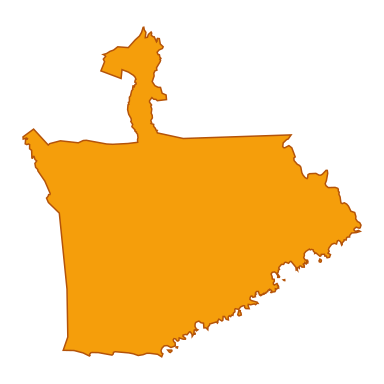 the district of Santa María Huatulco, Oaxaca, Mexico
{"feature_id": "50627088B35092187555669", "entity_name": "Santa María Huatulco", "entity_type": "district", "adm_level": 2, "iso_a3": "MEX", "parent_name": "Mexico", "parent_adm1": "Oaxaca", "projection": "robinson", "projection_center": [-96.169, 15.822], "detail": "fine", "context": "isolated", "style": "filled", "palette": "amber", "viewbox_px": 384, "rotation_deg": 0, "n_neighbors": 0, "source": "geoboundaries", "source_scale": "gbopen_adm2", "svg_char_len": 6011}
<svg xmlns="http://www.w3.org/2000/svg" viewBox="0 0 384 384"><path d="M143.1,27.4L141.6,32.3L139.5,36.0L135.2,39.9L128.3,47.6L117.7,46.8L113.5,50.1L110.1,51.3L106.4,53.6L103.2,54.5L104.8,55.3L105.6,56.4L103.3,59.1L104.6,61.7L100.9,70.9L121.1,78.5L122.0,69.6L128.4,72.1L133.4,75.3L135.0,77.0L136.0,79.3L135.2,80.1L134.8,82.1L135.8,82.5L136.2,83.9L135.0,84.5L134.0,87.6L133.7,85.9L133.0,85.9L132.6,88.5L132.9,89.1L131.6,90.9L130.5,95.9L129.4,97.2L129.4,101.1L129.2,102.0L128.4,102.4L128.8,104.4L128.0,104.8L127.6,109.6L128.7,114.3L131.1,118.6L131.3,120.5L130.8,121.5L132.7,124.4L131.9,126.7L135.0,129.9L134.8,130.9L136.3,131.9L136.1,132.4L137.5,134.1L138.0,137.6L137.5,139.7L137.7,142.3L128.0,143.5L112.8,144.3L106.6,144.0L86.4,140.3L83.3,140.5L78.3,142.8L60.4,140.8L49.8,143.6L48.2,145.0L33.6,129.1L23.0,136.9L23.2,139.1L26.4,138.0L27.5,138.6L27.3,139.2L25.6,139.5L25.2,143.8L26.8,144.6L28.5,144.0L29.6,144.6L29.6,148.8L31.6,150.3L31.9,158.0L32.6,158.2L33.3,156.4L34.1,156.5L35.0,159.5L36.7,160.9L34.9,163.4L35.6,167.3L37.7,169.5L37.9,170.9L44.9,181.2L50.2,193.5L49.9,194.6L48.6,194.6L48.1,196.3L46.5,198.1L48.4,202.5L59.3,213.1L67.0,289.1L67.8,337.0L63.2,350.3L74.0,350.5L83.1,352.9L89.4,356.0L90.0,355.5L89.6,354.2L90.9,352.7L92.2,352.5L98.4,352.6L112.0,355.1L113.2,354.0L113.5,352.4L115.1,351.7L128.8,352.9L133.4,353.8L138.2,355.5L143.0,354.7L146.7,353.3L149.9,353.3L157.6,354.3L161.7,356.8L162.9,353.8L161.6,352.9L161.0,350.5L162.1,348.0L164.3,345.8L167.3,345.6L171.0,347.5L175.3,345.9L175.1,342.6L173.7,341.6L173.2,339.8L174.0,338.6L175.6,338.9L176.7,340.6L177.8,341.1L178.9,340.4L179.2,337.9L183.2,339.2L185.4,339.2L185.5,338.3L183.0,336.3L183.1,335.1L185.6,334.4L187.0,334.8L189.5,331.8L190.4,332.0L192.1,334.5L192.2,336.4L193.6,334.3L195.1,334.2L195.2,333.3L193.9,333.0L194.3,330.0L195.4,329.8L196.3,330.9L197.9,329.8L196.3,329.0L195.0,326.4L195.1,324.1L195.6,322.7L196.5,322.0L198.9,321.1L200.9,322.7L203.5,323.2L203.9,327.9L206.0,327.8L207.8,329.7L208.0,326.9L209.5,325.2L209.7,324.0L216.3,322.0L217.4,323.1L218.0,322.0L217.6,321.1L218.9,319.1L221.9,321.0L222.9,320.2L223.1,316.5L224.6,316.5L226.2,319.3L228.4,319.9L228.2,317.1L229.3,315.7L230.7,316.6L231.6,315.1L232.9,315.4L233.4,313.1L234.9,311.8L234.8,309.3L235.4,308.7L238.7,309.4L240.6,306.9L243.2,305.7L244.5,305.8L244.7,307.5L245.8,308.6L249.2,308.7L248.1,305.6L248.3,304.4L250.6,304.8L254.3,303.9L255.6,304.7L256.9,303.4L258.0,303.4L257.2,302.2L251.3,300.5L249.9,299.3L250.2,297.3L251.1,296.1L252.1,296.1L252.9,297.3L255.3,296.7L254.9,296.1L255.4,295.5L255.3,294.7L256.1,294.1L255.5,293.9L255.5,292.8L256.6,291.5L258.3,291.5L259.5,294.9L260.7,295.7L261.5,295.2L261.0,294.7L263.7,294.3L263.2,293.7L263.7,293.3L265.8,293.3L266.0,292.4L267.8,291.6L267.9,290.5L269.4,289.4L269.6,290.1L270.5,289.6L271.7,290.9L270.4,293.0L271.1,292.1L271.6,292.4L271.8,291.5L272.3,292.1L274.9,291.7L275.6,290.6L275.4,288.7L276.7,289.1L278.0,287.8L278.6,288.1L278.6,286.6L278.3,285.8L277.5,285.8L277.6,284.3L277.0,283.5L274.4,285.0L273.5,284.4L273.3,282.8L274.3,281.3L274.2,279.3L272.3,279.0L272.1,276.6L271.1,274.0L272.3,272.3L274.5,271.9L276.1,273.0L277.8,275.7L277.7,277.4L279.3,277.4L279.6,276.8L277.3,273.3L278.3,271.9L278.3,270.3L279.5,269.4L278.7,268.1L278.9,267.4L281.5,264.4L283.6,264.4L284.6,262.6L285.7,262.2L288.5,263.3L290.3,261.4L291.1,261.4L295.9,267.3L296.2,270.1L297.0,269.7L297.5,270.3L297.1,268.0L298.3,267.4L299.3,268.2L299.3,266.5L299.9,266.0L301.0,266.0L301.9,267.1L304.3,267.1L304.3,265.7L303.3,264.6L303.4,263.9L304.5,263.8L304.8,262.6L306.2,264.0L306.9,263.3L306.6,261.5L307.8,262.6L308.0,261.7L307.5,260.2L305.1,259.9L303.7,257.7L304.4,255.4L304.2,253.6L305.9,251.4L309.4,249.1L310.2,249.9L311.4,249.4L313.1,249.8L313.5,251.4L314.8,252.5L314.7,253.5L316.0,253.0L320.0,256.3L321.0,255.7L321.2,254.4L324.5,254.3L324.9,256.1L326.0,255.9L327.1,257.8L329.5,257.3L330.5,254.6L328.0,253.2L329.2,251.2L328.4,249.7L329.1,247.7L331.6,244.4L334.2,243.3L336.5,244.0L337.4,240.9L338.6,240.4L340.4,241.5L341.7,245.2L342.2,244.6L342.2,242.9L344.0,241.0L344.2,239.8L346.2,240.0L346.5,238.0L347.3,237.1L349.6,237.0L349.6,235.6L351.6,233.0L356.4,232.6L360.2,231.4L358.5,230.4L355.4,231.4L353.9,229.9L354.2,228.8L356.2,227.2L359.2,228.2L360.2,227.8L361.0,225.1L359.7,222.7L357.5,221.5L355.7,218.9L355.9,216.5L354.7,212.5L350.9,211.2L348.5,206.2L346.7,204.1L344.3,202.8L342.2,203.6L340.9,202.8L340.1,196.9L338.9,194.2L339.2,192.2L338.3,191.1L338.3,189.2L337.7,188.3L335.1,187.4L328.3,187.6L325.9,185.6L325.2,183.6L326.4,180.6L327.7,173.3L327.3,170.4L326.1,170.3L322.4,174.2L320.7,175.2L319.0,175.1L315.9,173.4L309.6,173.7L308.0,174.6L307.6,177.8L307.0,178.6L305.1,177.6L302.9,174.9L301.8,172.6L300.8,167.1L299.6,165.5L297.3,164.3L294.1,160.6L293.8,158.1L295.2,156.9L291.8,147.8L288.9,145.6L284.8,147.8L283.8,147.7L282.7,146.6L283.2,142.9L286.6,139.6L288.2,139.0L291.1,134.9L183.2,138.5L157.4,132.9L156.7,131.0L157.2,130.4L155.9,130.0L155.4,128.4L153.6,126.3L153.7,124.4L151.0,123.5L151.6,122.6L150.8,120.5L152.4,117.9L152.2,115.3L151.2,113.2L151.8,109.0L150.8,106.2L151.6,105.0L149.5,102.1L149.5,100.8L151.9,97.6L153.6,99.2L156.0,99.4L157.3,100.7L166.5,99.6L166.1,95.0L162.1,93.2L160.5,87.4L158.1,87.3L154.9,85.7L152.2,81.6L154.1,76.0L153.8,73.2L155.0,70.8L156.9,70.2L156.5,67.8L160.1,61.8L160.6,60.1L159.9,59.2L160.9,58.3L159.9,57.2L159.4,54.8L158.1,54.6L157.1,52.2L159.2,49.9L162.4,48.5L163.2,46.8L160.3,44.0L159.3,38.6L157.5,38.4L157.1,38.9L157.1,41.1L156.5,41.9L154.2,36.8L153.5,36.9L151.3,35.4L151.7,33.1L151.1,32.0L148.4,34.4L147.4,37.3L145.3,37.7L145.9,32.3L144.3,29.9L143.8,27.2L143.1,27.4ZM239.0,315.9L241.3,315.0L241.0,312.9L240.3,312.2L240.3,310.6L238.9,310.4L237.7,314.8L239.0,315.9ZM170.3,352.5L172.0,350.9L171.7,350.1L167.7,350.1L169.4,352.2L170.3,352.5ZM321.0,259.7L319.3,258.7L319.9,259.7L319.0,260.8L319.3,261.8L320.3,262.2L321.2,261.7L321.4,260.5L321.0,259.7ZM177.4,348.0L177.6,346.8L176.4,346.9L176.1,347.6L177.4,348.0ZM284.8,280.6L284.7,279.6L283.3,279.9L284.2,280.6L284.8,280.6Z" fill="#f59e0b" stroke="#b45309" stroke-width="1.5"/></svg>